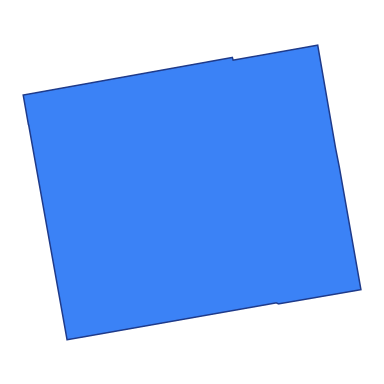 Bent, Colorado, United States of America (Mercator projection), rotated 260°
{"feature_id": "52423323B38382285790282", "entity_name": "Bent", "entity_type": "district", "adm_level": 2, "iso_a3": "USA", "parent_name": "United States of America", "parent_adm1": "Colorado", "projection": "mercator", "projection_center": [-103.006, 37.955], "detail": "fine", "context": "isolated", "style": "filled", "palette": "blue", "viewbox_px": 384, "rotation_deg": 260, "n_neighbors": 0, "source": "geoboundaries", "source_scale": "gbopen_adm2", "svg_char_len": 318}
<svg xmlns="http://www.w3.org/2000/svg" viewBox="0 0 384 384"><g transform="rotate(260 192 192)"><path d="M316.8,42.6L286.8,42.6L286.3,42.8L68.2,43.3L68.2,255.7L66.8,257.8L66.5,341.4L190.7,341.4L210.3,341.0L314.8,341.3L314.7,255.4L317.5,255.1L316.8,42.6Z" fill="#3b82f6" stroke="#1e3a8a" stroke-width="1.5"/></g></svg>